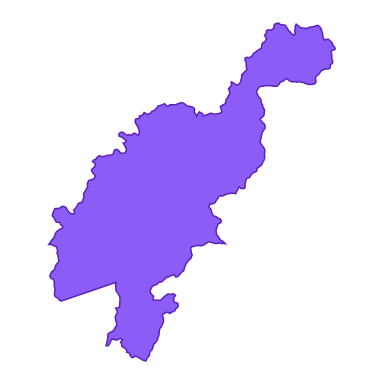 the district of Conselheiro Pena, Minas Gerais, Brazil
{"feature_id": "56859067B85067754069179", "entity_name": "Conselheiro Pena", "entity_type": "district", "adm_level": 2, "iso_a3": "BRA", "parent_name": "Brazil", "parent_adm1": "Minas Gerais", "projection": "orthographic", "projection_center": [-41.435, -19.174], "detail": "fine", "context": "isolated", "style": "filled", "palette": "violet", "viewbox_px": 384, "rotation_deg": 0, "n_neighbors": 0, "source": "geoboundaries", "source_scale": "gbopen_adm2", "svg_char_len": 5928}
<svg xmlns="http://www.w3.org/2000/svg" viewBox="0 0 384 384"><path d="M108.5,333.3L107.6,335.3L107.8,337.3L107.3,340.7L106.0,345.7L107.9,345.9L109.3,344.2L111.6,339.4L113.8,339.2L115.8,340.1L117.5,339.8L119.0,339.0L121.0,338.5L122.4,339.8L120.6,342.2L121.6,343.8L121.9,346.4L125.6,348.7L126.7,350.5L126.7,352.4L128.6,352.4L129.6,353.7L130.3,355.6L131.6,357.4L133.1,357.6L134.2,356.5L136.1,356.2L140.9,358.9L142.0,359.8L145.9,361.0L147.5,357.3L148.7,356.4L149.6,354.9L149.5,353.1L150.3,351.4L151.7,350.1L152.6,348.4L153.6,344.5L156.5,341.4L157.9,338.2L158.9,335.1L159.4,330.5L159.9,328.5L161.2,327.0L163.1,322.8L163.5,320.8L163.4,318.0L162.4,315.5L163.2,314.0L166.5,312.2L168.3,312.6L170.1,313.6L171.6,312.1L173.3,311.6L175.0,310.6L175.9,308.5L177.6,307.5L178.2,305.8L177.9,303.5L176.4,302.6L174.6,302.6L173.6,300.4L173.9,297.6L175.5,295.4L173.7,293.8L169.9,294.4L168.0,293.9L164.7,296.2L160.7,300.2L156.6,300.2L153.2,299.9L153.0,297.9L153.7,296.2L152.2,295.1L150.8,293.2L150.1,291.5L151.2,288.1L152.5,286.1L154.2,285.2L156.0,284.8L159.3,282.1L161.5,282.0L165.8,278.1L167.2,277.1L168.7,276.9L170.2,276.0L172.4,275.1L174.7,275.1L175.6,277.0L177.2,276.9L179.1,275.2L181.6,272.1L183.6,270.9L184.5,267.7L186.0,264.0L188.7,260.0L190.7,258.7L191.5,256.8L192.2,254.7L191.1,252.9L191.2,250.6L190.5,248.6L191.8,246.8L197.1,245.5L200.7,245.8L202.5,245.4L204.1,244.8L208.1,242.0L209.5,241.7L214.2,243.3L216.8,243.5L219.7,242.9L221.8,243.6L223.4,243.4L225.3,243.7L223.1,241.4L221.3,240.5L219.8,239.3L218.8,237.3L216.9,235.0L216.2,232.4L216.0,230.8L216.4,228.8L217.3,226.4L217.7,224.3L220.7,222.7L221.5,220.9L220.3,219.0L217.7,218.0L216.1,216.6L214.3,216.2L213.0,215.2L212.1,213.4L211.0,209.5L208.8,206.7L209.4,204.7L211.1,204.0L212.8,203.8L214.8,202.8L219.0,196.5L220.5,195.7L221.9,196.1L223.8,195.5L225.6,194.5L227.6,193.9L231.4,193.2L235.8,193.6L236.4,191.6L237.5,190.2L239.1,186.8L241.1,188.4L243.0,188.7L245.0,187.9L245.1,183.9L246.3,178.9L247.6,177.9L249.4,177.7L251.4,174.5L252.6,173.3L254.2,172.2L256.0,171.8L256.9,170.6L257.0,168.4L259.5,166.7L261.2,165.2L262.4,163.6L262.8,161.7L264.0,160.2L264.6,158.2L264.6,153.1L264.9,150.8L264.4,148.6L261.1,144.1L260.1,142.1L262.1,132.7L265.0,128.1L265.1,125.9L264.3,123.9L262.7,122.6L260.5,120.0L260.2,118.5L262.1,117.3L263.9,115.5L264.5,111.2L264.4,109.4L263.0,107.7L262.7,105.5L261.1,102.4L261.1,100.2L260.2,98.5L257.9,95.6L257.2,94.0L256.7,92.4L256.7,90.9L259.0,87.4L260.2,86.4L262.4,86.3L266.0,85.6L271.1,85.8L275.3,86.4L277.1,86.1L278.5,85.0L279.7,83.0L281.3,81.7L283.3,81.1L286.1,78.6L288.0,79.5L289.8,81.0L291.3,81.7L293.0,81.9L294.6,81.4L296.8,82.2L298.9,81.6L304.0,82.7L305.9,83.7L309.5,84.5L313.1,84.3L315.0,83.6L316.0,81.9L315.5,77.5L316.5,76.1L319.0,74.0L320.5,71.8L322.0,70.3L325.4,69.0L328.6,68.9L330.1,68.1L330.4,64.6L332.3,63.4L332.8,61.3L331.8,58.9L331.7,54.2L330.9,52.6L331.6,50.8L335.3,49.2L334.6,47.2L332.6,44.6L332.2,42.9L328.5,39.3L327.0,39.3L324.7,40.2L322.9,37.2L322.8,34.4L320.9,28.2L318.9,26.0L317.5,25.3L312.4,27.0L310.6,27.0L306.6,28.4L300.8,27.8L296.2,24.2L295.1,26.4L295.4,28.4L294.5,30.9L295.4,34.2L293.8,35.2L291.1,33.3L290.3,31.9L288.6,30.8L287.8,28.9L285.0,25.1L281.9,24.8L279.8,24.2L278.6,23.0L275.4,23.8L274.2,24.7L273.8,27.9L272.4,29.3L270.8,30.3L268.8,29.7L266.5,30.5L266.5,32.8L265.7,34.1L264.5,35.2L265.2,36.6L266.5,37.9L266.0,39.5L264.7,42.2L263.0,42.5L261.9,44.3L261.8,46.4L261.0,48.4L258.0,50.2L254.4,52.9L252.8,54.4L251.8,56.3L249.2,57.7L247.1,57.3L245.2,57.9L244.9,59.5L246.4,63.6L246.1,65.6L247.0,69.6L241.7,74.7L241.6,78.0L240.8,80.3L240.5,82.0L239.3,83.9L237.2,85.2L234.4,83.8L233.2,82.7L231.4,81.8L231.1,83.3L231.7,84.8L230.4,86.7L228.4,88.8L229.3,90.7L229.8,92.5L229.7,94.4L228.4,95.6L227.5,97.8L226.1,99.5L225.5,103.5L220.3,106.4L221.5,110.0L221.6,112.1L219.8,113.3L216.1,114.0L213.7,114.1L211.3,113.2L209.3,113.6L207.9,114.5L206.3,114.8L204.8,115.7L203.2,115.8L202.7,113.8L199.3,111.9L196.6,116.0L196.1,114.5L195.0,113.5L194.1,111.9L194.6,110.4L194.4,108.4L192.5,107.0L189.0,106.2L187.4,106.5L185.8,104.8L184.3,103.7L182.8,102.9L180.4,102.9L175.2,104.8L170.0,104.7L167.9,106.5L165.9,105.2L164.6,103.7L160.1,105.6L158.1,106.0L157.1,107.8L155.5,109.1L154.1,110.7L151.9,111.3L150.8,113.0L147.5,114.5L144.1,112.5L143.2,114.5L141.5,115.6L139.4,115.9L139.6,118.1L135.6,119.1L135.1,121.4L135.7,123.3L138.0,127.2L138.8,129.5L139.2,131.6L139.3,133.6L138.5,135.3L134.2,133.1L132.8,133.7L131.6,135.6L129.2,134.5L127.4,135.2L125.7,134.4L122.9,132.3L121.2,132.2L119.8,132.8L118.9,134.1L119.0,136.1L120.8,136.7L124.4,138.9L126.4,140.8L125.0,142.7L123.2,143.0L126.5,149.1L125.3,153.0L122.3,153.3L120.4,152.8L117.9,149.9L116.1,149.3L114.5,150.0L113.3,153.8L111.6,154.8L109.3,155.4L107.1,155.3L105.5,156.1L103.6,156.5L102.2,156.6L99.1,155.7L96.3,158.1L95.6,159.6L93.5,160.1L92.5,161.6L94.5,162.9L95.3,164.8L94.7,166.7L91.4,169.8L92.2,172.0L95.1,175.6L94.4,178.4L92.0,179.6L88.6,180.6L87.3,183.8L87.6,187.0L83.7,193.4L83.7,195.4L84.0,197.4L82.4,200.8L82.6,202.6L80.7,202.5L78.4,203.3L76.6,206.9L73.7,210.1L74.4,211.6L74.5,213.5L72.3,214.0L70.2,213.3L68.9,212.0L65.9,207.5L64.5,206.6L62.0,206.3L60.8,207.5L59.5,208.1L57.9,208.5L54.9,208.6L53.0,212.9L52.3,215.7L54.9,219.1L55.3,220.9L56.6,222.1L60.0,222.5L60.5,224.6L62.2,225.7L62.7,227.2L62.0,228.5L60.0,229.2L56.7,231.6L55.3,233.5L55.0,235.4L53.2,238.7L51.6,240.1L50.5,242.1L48.7,244.5L51.0,244.5L56.6,246.9L57.2,249.0L57.5,251.2L57.0,253.5L58.0,255.1L58.4,258.6L59.0,260.9L57.9,262.8L56.4,264.2L55.6,265.7L54.4,269.5L51.6,271.9L49.8,275.8L51.2,278.5L53.2,279.1L54.3,281.2L54.2,285.7L54.9,288.1L54.9,290.9L54.4,293.1L54.7,295.8L56.1,297.3L57.8,298.0L59.1,299.9L61.2,301.1L116.0,282.3L115.6,284.3L116.0,290.0L116.4,291.6L117.5,292.6L119.3,295.8L120.1,298.0L119.6,304.8L119.9,306.6L117.8,307.8L115.7,308.2L116.8,310.0L117.3,312.0L116.9,313.8L115.7,315.3L115.2,317.6L115.9,321.1L117.0,324.6L116.3,326.1L115.1,327.4L114.4,329.7L112.6,331.3L108.5,333.3Z" fill="#8b5cf6" stroke="#5b21b6" stroke-width="1.5"/></svg>